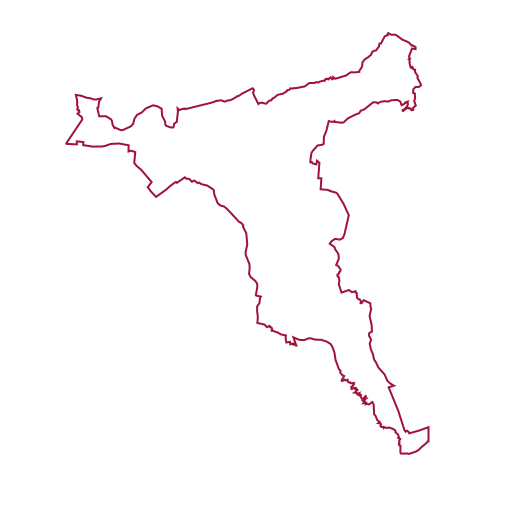 the district of Casin, Bacau, Romania, rotated 265°
{"feature_id": "2599482B1841621601229", "entity_name": "Casin", "entity_type": "district", "adm_level": 2, "iso_a3": "ROU", "parent_name": "Romania", "parent_adm1": "Bacau", "projection": "mercator", "projection_center": [26.717, 46.195], "detail": "fine", "context": "isolated", "style": "outline", "palette": "rose", "viewbox_px": 512, "rotation_deg": 265, "n_neighbors": 0, "source": "geoboundaries", "source_scale": "gbopen_adm2", "svg_char_len": 6097}
<svg xmlns="http://www.w3.org/2000/svg" viewBox="0 0 512 512"><g transform="rotate(265 256 256)"><path d="M466.5,407.2L465.8,406.5L464.4,406.5L464.0,404.0L462.6,402.7L456.9,399.1L456.8,397.5L454.2,396.9L450.2,393.4L450.2,391.8L449.3,389.7L446.3,388.0L444.2,385.0L442.4,381.5L439.6,378.9L435.4,378.2L431.1,374.8L430.4,374.9L430.3,370.8L430.8,366.3L428.0,361.6L426.1,352.6L425.7,350.3L427.4,348.6L426.0,348.5L425.4,347.3L427.5,345.9L426.6,345.0L426.4,343.4L425.7,343.5L426.4,340.7L424.5,339.7L424.8,338.2L424.1,334.5L423.4,333.3L424.0,331.3L423.3,329.5L423.7,324.2L420.7,319.4L419.7,310.3L420.0,308.3L419.5,307.3L420.1,305.0L418.8,303.9L418.3,301.3L417.5,301.1L415.3,296.9L414.8,292.3L414.4,291.3L411.7,287.3L411.7,286.2L409.7,284.9L409.7,282.9L406.8,279.2L408.2,275.2L408.2,273.2L407.2,271.6L416.7,267.8L419.2,267.4L421.6,268.5L423.4,267.3L419.1,256.6L417.0,252.7L416.7,250.7L416.1,250.3L413.9,245.4L413.4,243.1L413.3,241.1L412.5,238.1L414.1,235.0L414.0,229.9L413.0,226.9L412.4,223.6L408.6,199.4L408.9,198.9L408.5,198.1L409.1,197.4L409.1,196.5L408.7,195.9L408.8,194.8L408.1,192.4L409.9,190.8L406.7,190.8L396.6,188.8L395.0,186.1L391.6,185.1L391.2,184.3L391.6,181.9L393.6,177.8L395.2,177.1L397.9,177.2L403.9,174.7L411.0,174.8L413.7,170.8L415.1,166.6L412.6,159.1L408.9,154.6L406.9,149.7L403.3,146.9L398.3,145.1L396.0,142.5L393.0,134.1L393.2,132.2L396.3,126.6L395.9,126.2L399.2,124.6L403.5,124.2L404.8,123.4L408.3,118.8L408.8,112.0L417.2,110.8L417.7,111.9L423.2,113.0L426.5,115.3L425.8,110.2L426.2,107.7L427.5,105.1L428.3,101.3L430.8,96.0L432.2,90.6L426.4,91.4L421.7,90.9L419.3,91.6L417.8,90.7L416.5,91.4L416.6,92.3L414.8,92.7L413.3,90.6L409.5,94.6L407.1,94.8L384.7,76.8L384.2,77.0L382.8,87.3L385.8,87.5L385.7,88.2L384.5,94.0L381.5,93.5L379.2,102.9L378.5,112.3L378.8,115.5L380.3,120.9L380.0,129.4L377.4,138.8L371.2,138.1L371.8,140.9L370.0,144.8L359.3,142.8L355.9,145.1L352.2,148.9L338.7,158.5L334.0,154.2L329.8,156.7L323.6,161.6L329.7,171.9L333.9,177.6L336.4,181.9L336.7,182.8L335.8,183.6L340.6,192.0L339.0,193.4L338.8,196.0L335.5,198.7L336.5,200.5L336.5,201.2L333.6,204.4L334.1,205.9L332.4,207.7L330.4,213.6L326.5,218.6L325.2,219.7L321.0,219.8L312.0,222.4L309.4,224.9L308.2,228.3L305.6,231.1L291.4,242.2L290.2,244.2L287.7,246.0L286.3,245.6L279.6,248.3L268.2,248.3L261.1,246.1L258.1,245.8L248.7,248.7L244.9,248.7L238.7,247.5L235.3,249.0L231.4,253.0L228.2,254.8L224.5,254.5L217.0,252.4L216.5,252.8L215.1,257.3L213.3,256.2L208.7,255.3L205.8,252.8L201.4,252.3L194.9,252.5L189.2,251.5L186.9,258.6L184.2,260.6L185.2,263.4L183.7,263.8L183.5,265.2L180.7,265.9L180.2,264.2L180.2,265.6L179.5,267.3L177.6,271.4L175.8,273.8L174.2,278.9L171.7,278.3L167.2,278.7L167.5,282.3L165.1,282.5L165.6,283.7L164.5,285.4L165.6,285.6L165.6,286.3L163.3,287.9L163.2,288.4L171.7,286.2L168.8,291.6L168.0,296.5L169.3,301.0L169.4,302.7L167.5,307.8L166.9,313.5L164.8,318.6L161.9,322.6L159.3,324.0L153.2,325.7L145.4,326.2L136.0,328.8L134.3,330.2L132.6,329.7L129.7,331.7L128.7,333.4L125.0,330.6L124.1,330.6L124.3,332.3L125.1,333.8L124.3,334.5L124.7,336.5L123.0,336.5L122.0,337.3L122.0,338.6L121.0,339.2L121.0,342.3L120.2,341.8L119.8,342.4L118.2,341.2L117.4,339.6L115.6,339.4L115.1,339.8L115.9,341.5L116.0,343.5L115.6,344.1L114.9,343.5L114.6,344.8L113.6,345.4L112.5,343.5L111.9,343.6L111.3,342.3L110.8,344.3L109.9,344.6L110.3,346.3L109.2,345.2L108.4,346.1L108.9,347.0L109.0,348.1L108.3,348.5L107.2,347.8L104.5,349.0L104.1,350.0L107.6,353.6L105.4,352.5L104.7,353.7L104.0,352.3L103.3,351.9L102.5,349.9L101.5,351.5L100.0,350.2L100.1,352.9L98.9,352.5L99.2,353.3L98.3,355.6L100.4,359.2L97.7,360.3L88.1,359.9L86.3,361.2L82.1,362.4L79.7,364.8L78.8,363.3L78.3,365.2L77.4,365.9L75.6,365.1L74.8,366.0L74.7,368.0L73.4,368.2L74.2,369.5L73.2,371.7L73.6,373.5L71.6,377.8L69.9,379.7L68.2,379.6L65.8,381.9L63.1,382.6L62.4,381.8L61.1,383.8L59.8,382.6L57.3,382.7L57.2,382.1L56.1,381.9L54.9,382.3L54.5,383.4L47.4,382.7L46.5,383.3L46.1,389.3L45.5,391.2L47.2,398.1L48.5,401.0L51.3,404.3L54.5,409.1L56.2,410.6L56.2,411.7L70.4,412.9L67.8,402.9L66.0,393.2L66.9,393.1L68.7,391.5L68.7,390.7L67.9,389.7L69.6,388.7L89.5,384.2L113.6,376.7L114.8,382.1L117.4,378.5L120.1,376.1L126.9,373.7L134.2,368.2L139.7,366.2L142.6,364.6L148.0,363.9L153.1,362.3L158.7,361.6L162.7,363.4L166.3,361.8L168.1,361.6L169.4,362.2L170.6,364.9L177.1,365.2L186.2,363.9L193.6,366.2L195.6,365.6L198.9,365.8L202.6,359.4L199.8,357.1L199.9,356.1L201.7,356.6L203.7,355.6L204.0,354.4L205.6,353.0L210.3,353.1L210.9,352.0L212.2,352.1L211.6,348.4L214.0,345.5L212.1,338.0L220.8,336.0L223.7,336.9L226.3,336.8L228.3,336.4L228.2,335.8L228.6,335.5L230.2,335.4L231.7,337.5L232.6,337.4L233.7,338.8L235.1,339.1L238.8,337.1L240.0,335.1L246.2,338.3L251.0,338.2L255.9,335.4L258.0,335.0L261.8,330.5L263.9,332.3L266.2,336.2L265.0,341.0L266.3,344.1L270.2,346.1L288.5,352.0L300.3,347.8L311.0,342.5L312.2,341.1L314.4,335.1L314.9,335.0L315.7,332.8L316.8,326.2L327.7,327.9L328.0,324.8L343.4,327.3L345.6,325.0L342.0,324.1L342.3,323.0L343.3,320.6L344.8,319.7L344.5,318.5L346.2,318.4L353.7,320.2L355.7,321.6L360.7,326.9L361.1,331.8L361.7,333.2L368.8,334.0L374.6,337.0L384.0,340.2L383.0,343.6L383.0,344.8L383.6,345.9L382.7,346.0L381.3,352.9L381.5,355.0L385.0,359.4L387.9,366.5L389.3,371.3L391.5,372.9L392.8,376.9L398.9,386.1L398.6,389.2L397.3,390.7L398.1,391.8L398.8,394.2L399.0,397.7L398.3,401.1L399.3,404.2L399.2,410.4L397.3,413.2L393.5,414.2L394.4,416.6L395.7,417.9L395.4,418.4L395.8,419.1L396.4,419.3L396.6,420.7L395.6,420.1L394.1,420.7L391.6,419.3L390.9,418.4L390.4,418.6L388.4,414.7L388.0,414.7L387.6,415.3L389.4,417.8L390.4,420.5L390.1,421.6L389.5,421.5L389.0,423.2L387.6,423.6L387.8,425.4L389.8,425.3L391.9,428.3L396.6,427.1L399.1,428.2L404.1,428.4L404.6,426.8L408.3,427.2L410.5,429.6L410.1,432.7L411.6,435.2L413.0,435.1L419.4,432.3L420.8,432.9L425.7,430.4L427.5,430.7L427.4,430.3L429.4,428.0L430.0,428.6L430.7,428.2L430.0,427.3L430.3,426.5L434.7,425.8L438.3,426.1L438.6,425.5L439.4,426.6L440.0,426.0L441.7,425.9L449.1,429.5L448.2,433.0L450.3,433.1L452.2,430.4L452.0,429.4L455.0,427.2L456.6,424.9L458.8,420.6L463.3,415.6L464.4,413.8L464.6,410.0L466.5,407.2Z" fill="none" stroke="#9f1239" stroke-width="2"/></g></svg>